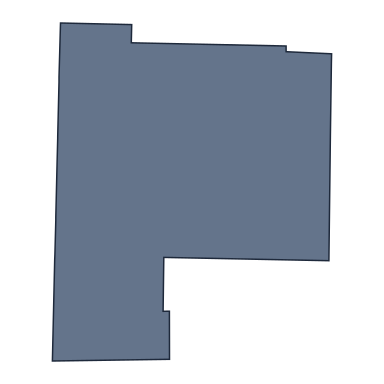 Polk, Arkansas, United States of America
{"feature_id": "52423323B90433618963574", "entity_name": "Polk", "entity_type": "district", "adm_level": 2, "iso_a3": "USA", "parent_name": "United States of America", "parent_adm1": "Arkansas", "projection": "mercator", "projection_center": [-94.282, 34.459], "detail": "fine", "context": "isolated", "style": "filled", "palette": "slate", "viewbox_px": 384, "rotation_deg": 0, "n_neighbors": 0, "source": "geoboundaries", "source_scale": "gbopen_adm2", "svg_char_len": 420}
<svg xmlns="http://www.w3.org/2000/svg" viewBox="0 0 384 384"><path d="M331.4,62.9L331.6,53.8L286.1,51.7L286.1,46.0L131.3,42.8L131.7,24.6L60.5,23.0L59.9,45.3L59.0,77.1L59.0,82.1L57.7,136.8L57.7,138.4L57.1,162.1L55.8,217.2L55.8,220.4L55.6,227.8L54.9,254.8L54.7,259.5L52.4,361.0L169.5,359.3L169.4,311.2L163.1,311.3L163.8,257.4L328.9,260.7L330.4,134.9L331.4,62.9Z" fill="#64748b" stroke="#1e293b" stroke-width="1.5"/></svg>